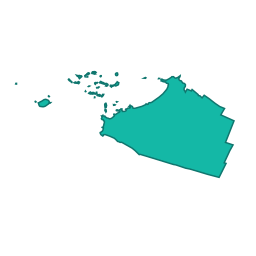 Kien Luong, Kiên Giang, Vietnam (Robinson projection), rotated 83°
{"feature_id": "81297802B41363610148385", "entity_name": "Kien Luong", "entity_type": "district", "adm_level": 2, "iso_a3": "VNM", "parent_name": "Vietnam", "parent_adm1": "Kiên Giang", "projection": "robinson", "projection_center": [104.552, 10.196], "detail": "fine", "context": "isolated", "style": "filled", "palette": "teal", "viewbox_px": 256, "rotation_deg": 83, "n_neighbors": 0, "source": "geoboundaries", "source_scale": "gbopen_adm2", "svg_char_len": 5797}
<svg xmlns="http://www.w3.org/2000/svg" viewBox="0 0 256 256"><g transform="rotate(83 128 128)"><path d="M103.4,54.3L97.6,59.7L98.9,60.7L96.7,64.6L99.4,66.7L98.2,67.0L97.5,67.5L96.9,67.7L95.0,67.3L93.9,66.1L92.1,65.7L90.8,66.4L89.9,68.3L87.8,69.3L87.2,70.8L86.2,71.5L85.2,71.6L83.3,70.1L82.5,69.9L83.9,72.4L84.4,74.5L83.8,75.7L82.6,76.5L82.4,78.2L83.0,78.9L84.3,81.6L85.2,84.2L84.7,86.9L83.8,88.0L83.6,88.6L83.6,89.0L84.1,89.5L84.9,89.2L85.4,89.3L85.5,88.6L86.1,87.9L86.5,87.0L86.7,85.4L87.0,85.4L87.0,84.9L88.1,84.5L88.3,84.2L88.8,82.7L90.0,82.6L90.2,82.9L91.9,83.3L94.3,84.8L98.3,89.1L101.1,93.3L105.3,101.1L105.7,102.5L105.5,103.0L105.5,104.0L106.2,105.0L106.7,105.0L106.9,105.3L106.9,106.3L106.2,107.1L107.0,107.8L108.2,111.5L109.3,118.7L109.0,120.5L107.3,121.0L106.5,122.0L106.7,122.7L105.6,123.2L106.4,123.8L106.7,124.2L106.8,123.8L106.5,123.5L107.1,123.0L107.4,123.1L107.1,123.4L107.0,123.9L108.2,123.4L108.4,123.9L108.2,125.7L108.9,126.7L108.9,127.8L109.2,128.1L109.7,127.6L110.0,127.5L110.5,127.8L110.9,128.4L111.1,129.3L110.9,131.4L110.4,131.4L109.8,132.1L109.3,132.2L109.0,131.8L108.7,131.9L108.4,131.7L108.1,132.6L108.7,133.0L109.0,134.3L109.2,134.5L109.8,134.6L110.7,134.1L111.3,134.6L111.8,136.2L113.1,138.6L112.6,139.8L112.6,140.4L113.3,140.4L113.9,140.1L114.5,140.2L116.4,143.2L116.6,144.3L116.6,145.4L116.0,146.2L115.4,147.8L114.7,148.5L114.3,149.4L113.6,149.3L113.3,149.6L113.2,151.0L112.9,151.3L112.3,151.4L112.9,152.2L112.8,152.8L114.1,152.4L115.6,153.3L116.5,152.7L116.6,151.9L116.9,151.5L117.8,151.4L118.3,150.6L119.4,150.7L123.6,152.3L123.9,152.6L124.2,153.6L124.5,153.4L124.4,152.6L124.8,152.3L126.8,153.0L128.1,153.9L128.1,154.2L128.8,155.1L128.9,155.9L129.1,156.2L129.9,156.2L131.3,155.7L132.9,154.0L132.5,153.4L131.9,153.4L131.6,153.0L131.8,151.3L133.9,147.1L136.5,142.8L139.2,140.5L140.0,140.1L140.6,138.6L141.3,137.6L141.4,136.2L141.7,135.6L148.5,126.4L151.0,124.0L155.8,120.1L155.6,119.4L155.8,118.7L169.8,87.2L170.4,85.1L174.9,75.7L176.3,71.5L183.7,54.6L188.1,43.6L175.1,35.0L174.3,36.8L162.9,29.7L157.6,25.8L154.2,33.0L133.8,21.9L126.3,34.3L120.4,29.8L117.9,34.3L114.1,38.6L108.7,44.0L104.8,48.4L107.1,50.8L104.8,52.7L104.4,54.2L103.4,54.3ZM93.8,203.7L93.8,202.2L93.4,201.7L93.3,202.8L91.9,203.1L90.9,203.6L89.5,206.1L89.6,207.8L91.0,210.7L91.3,212.0L91.8,212.7L92.1,214.0L95.0,213.4L95.8,212.8L96.5,210.2L96.6,209.0L96.2,207.3L94.3,203.8L93.8,203.7ZM83.7,132.2L81.9,131.6L81.3,132.6L80.8,133.1L81.7,133.7L82.4,134.9L82.7,135.0L83.4,135.7L83.8,138.3L83.4,140.1L84.1,140.6L85.4,139.5L84.8,138.8L84.7,137.8L84.2,137.8L83.9,137.1L84.8,135.0L84.0,132.5L83.7,132.2ZM73.1,170.2L71.4,167.7L71.1,167.5L70.6,167.8L70.4,168.8L69.9,169.9L70.0,170.7L69.7,171.9L69.4,172.6L70.5,172.0L71.4,170.5L72.1,170.7L73.1,170.2ZM88.8,162.8L89.7,161.3L89.6,160.2L90.0,159.6L90.0,157.9L89.2,157.1L88.6,157.6L88.4,158.6L88.6,159.5L88.5,160.2L87.7,160.8L88.0,162.0L88.8,162.8ZM81.4,146.8L81.8,145.4L81.1,144.8L81.0,146.2L80.1,146.5L79.4,148.1L78.4,149.4L78.5,149.7L79.1,150.1L79.4,150.8L79.7,150.7L80.1,149.5L81.0,147.7L81.0,147.2L81.4,146.8ZM104.6,147.1L103.1,146.5L100.8,146.8L100.7,147.3L101.0,147.8L102.0,148.3L104.7,148.3L105.1,147.6L105.0,147.2L104.6,147.1ZM77.0,171.2L76.6,170.6L75.9,171.4L76.6,173.2L76.6,173.6L75.9,174.5L76.4,176.0L76.7,175.8L76.9,175.4L77.5,172.5L78.0,171.7L77.8,171.2L77.0,171.2ZM73.6,133.9L74.3,133.6L74.6,133.2L74.5,132.1L73.7,131.6L72.2,131.7L71.9,132.2L72.2,133.3L72.7,133.8L73.6,133.9ZM92.5,151.5L91.7,151.6L91.3,152.0L91.5,153.2L90.9,154.1L90.9,154.6L91.7,154.8L92.1,154.5L93.0,152.2L92.5,151.5ZM69.4,159.6L68.9,159.6L68.3,160.8L68.9,161.4L69.0,161.9L69.6,161.6L69.8,161.7L70.0,163.3L70.2,163.5L70.5,163.1L70.0,162.2L70.2,160.8L69.7,160.4L69.4,159.6ZM93.6,150.6L93.9,150.3L93.9,150.0L92.7,148.6L91.7,148.0L91.5,149.0L92.8,150.3L93.6,150.6ZM80.1,155.6L80.7,155.1L79.6,154.1L79.5,153.7L79.6,152.9L79.2,152.7L79.0,153.0L79.3,154.0L78.9,154.6L79.0,155.2L79.3,155.6L80.1,155.6ZM108.9,147.5L107.1,147.6L106.6,148.5L108.0,148.8L108.5,148.5L108.6,147.8L108.9,147.8L109.1,148.1L109.5,148.0L108.9,147.5ZM72.7,181.3L74.1,180.3L74.4,179.8L74.3,179.4L74.1,179.3L73.6,179.8L72.8,180.0L72.2,180.6L72.2,181.0L72.7,181.3ZM109.9,135.7L109.7,135.4L108.8,135.9L108.6,137.1L108.9,137.5L109.4,137.4L109.9,135.7ZM69.2,153.5L68.9,152.9L68.2,153.5L67.9,154.4L67.9,155.5L68.3,155.2L68.9,153.6L69.2,153.5ZM69.4,157.2L69.6,156.4L68.8,155.6L68.4,156.2L68.3,156.8L68.5,157.0L69.4,157.2ZM83.5,145.1L83.9,144.1L83.5,143.1L83.1,142.8L83.2,144.8L83.5,145.1ZM73.4,149.4L73.8,149.1L73.8,148.8L73.2,148.2L72.8,148.2L72.7,148.8L73.0,149.3L73.4,149.4ZM69.9,155.9L70.5,154.6L70.4,153.9L69.6,155.1L69.6,155.7L69.9,155.9ZM90.1,157.0L90.4,156.2L90.0,155.7L89.6,156.6L89.6,156.9L90.1,157.0ZM75.4,178.8L75.9,178.6L76.0,178.1L75.6,178.0L74.9,178.4L74.9,178.8L75.4,178.8ZM80.5,106.1L80.8,104.6L80.4,104.1L80.0,104.6L80.5,106.1ZM70.6,234.1L70.8,233.3L70.1,233.2L70.0,233.8L70.6,234.1ZM103.7,139.5L103.7,138.1L103.5,137.9L103.4,138.4L103.1,138.6L103.4,139.2L103.2,139.5L103.7,139.5ZM87.0,203.1L87.4,202.6L87.1,202.2L86.4,202.8L86.6,203.1L87.0,203.1ZM90.7,216.9L91.1,216.4L90.8,216.1L90.2,216.6L90.3,216.9L90.7,216.9ZM84.6,154.7L84.4,153.6L84.1,153.3L83.9,153.8L84.6,154.7ZM89.2,155.3L89.5,154.7L88.7,154.6L88.6,155.0L89.2,155.3ZM81.6,144.0L81.9,143.7L81.7,143.2L81.3,143.6L81.6,144.0ZM72.3,162.7L72.5,161.8L72.2,161.7L71.9,162.0L72.3,162.7ZM82.8,91.7L82.9,91.2L82.6,90.8L82.4,91.4L82.8,91.7ZM93.1,157.4L93.8,157.6L93.8,157.2L93.2,157.1L93.1,157.4ZM100.7,136.4L101.0,136.1L100.7,135.5L100.4,136.3L100.9,136.8L100.7,136.4ZM86.6,166.0L86.8,165.7L86.7,165.4L86.1,165.7L86.6,166.0ZM82.0,162.2L82.1,161.9L81.7,161.0L81.5,161.5L82.0,162.2ZM71.6,164.4L71.0,163.9L70.8,164.5L71.0,164.6L71.6,164.4ZM84.2,152.2L83.8,151.6L83.7,151.7L83.7,152.1L84.2,152.2Z" fill="#14b8a6" stroke="#0f766e" stroke-width="1.5"/></g></svg>